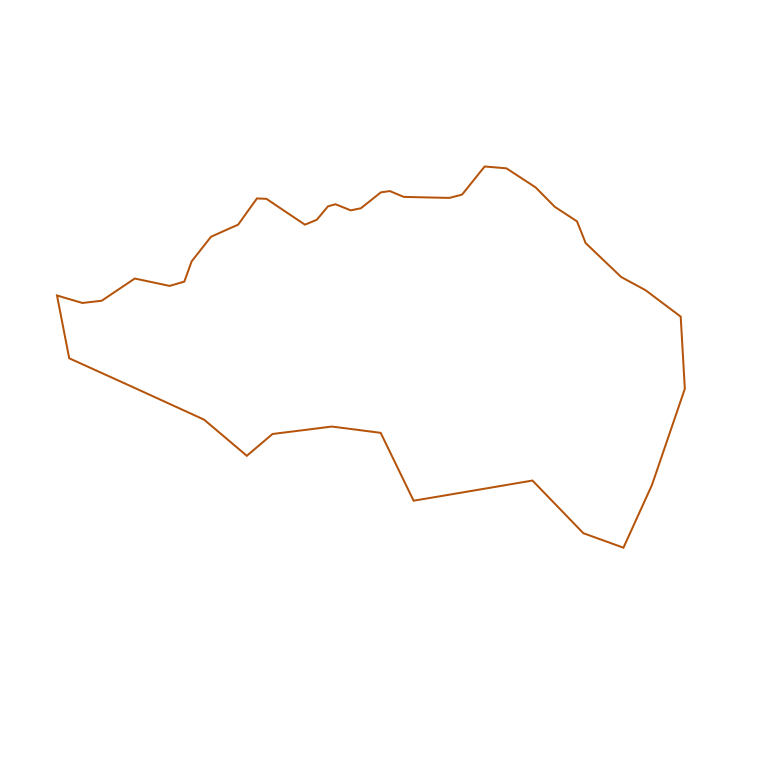 Likasi, Katanga, Democratic Republic of the Congo, rotated 169°
{"feature_id": "63176286B59059722008658", "entity_name": "Likasi", "entity_type": "district", "adm_level": 2, "iso_a3": "COD", "parent_name": "Democratic Republic of the Congo", "parent_adm1": "Katanga", "projection": "orthographic", "projection_center": [26.757, -10.963], "detail": "fine", "context": "isolated", "style": "outline", "palette": "amber", "viewbox_px": 768, "rotation_deg": 169, "n_neighbors": 0, "source": "geoboundaries", "source_scale": "gbopen_adm2", "svg_char_len": 908}
<svg xmlns="http://www.w3.org/2000/svg" viewBox="0 0 768 768"><g transform="rotate(169 384 384)"><path d="M180.2,177.6L140.2,233.8L89.6,321.9L79.9,393.5L109.4,426.2L130.7,443.7L141.3,458.6L159.2,483.9L163.5,506.8L182.6,525.4L197.7,548.1L207.7,557.8L222.6,572.3L231.6,574.9L243.7,578.3L269.7,556.3L271.3,555.0L284.3,554.2L305.1,558.7L328.9,563.9L341.5,572.3L350.6,572.7L373.2,560.9L375.8,560.9L383.5,560.8L389.7,564.8L397.3,569.7L403.9,569.2L405.2,569.0L418.7,558.0L431.2,555.5L439.7,563.9L464.1,588.2L473.3,590.4L485.2,579.2L496.8,568.2L504.5,566.5L512.3,564.7L523.3,562.1L525.8,561.5L549.4,541.1L558.1,526.6L560.5,522.6L575.8,521.2L608.5,535.1L631.5,525.4L645.2,519.6L664.6,521.1L679.5,528.8L688.1,533.3L688.1,469.3L630.2,428.2L567.4,383.3L550.1,361.8L532.4,339.7L503.0,356.2L443.4,352.2L396.6,336.7L377.2,263.8L256.7,260.9L216.8,199.5L180.2,177.6Z" fill="none" stroke="#b45309" stroke-width="2"/></g></svg>